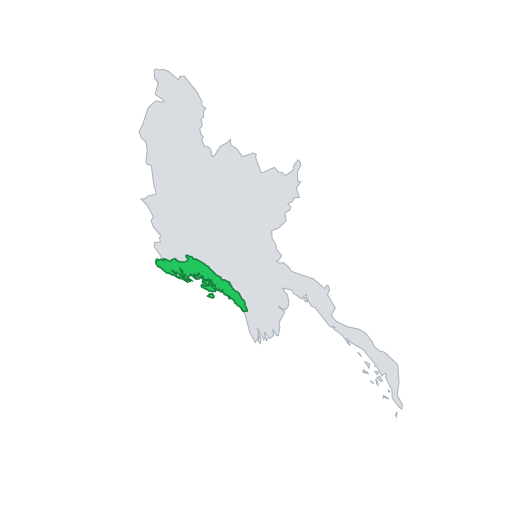 where Rakhine sits in Myanmar, rotated 327°
{"feature_id": "MMR-3273", "entity_name": "Rakhine", "entity_type": "State", "adm_level": 1, "iso_a3": "MMR", "parent_name": "Myanmar", "parent_adm1": "", "projection": "robinson", "projection_center": [93.662, 19.414], "detail": "fine", "context": "in_parent", "style": "filled", "palette": "green", "viewbox_px": 512, "rotation_deg": 327, "n_neighbors": 0, "source": "natural_earth", "source_scale": "10m", "svg_char_len": 9762}
<svg xmlns="http://www.w3.org/2000/svg" viewBox="0 0 512 512"><g transform="rotate(327 256 256)"><path d="M324.3,230.5L319.7,228.1L316.3,230.3L311.2,229.5L311.8,234.3L308.9,235.9L303.7,235.5L300.6,242.9L289.9,244.8L282.9,243.4L279.0,250.0L278.8,257.4L276.9,262.0L277.7,269.7L273.2,271.8L270.4,271.3L271.9,274.9L275.5,276.5L277.7,284.6L277.0,287.7L291.6,306.3L296.1,321.0L299.6,319.0L300.6,320.5L299.3,324.4L294.8,327.3L294.2,342.8L287.0,346.5L287.2,351.7L288.1,355.4L294.6,365.7L301.9,372.7L305.9,380.3L306.8,391.3L305.8,395.9L307.7,402.5L311.4,406.8L315.7,424.2L307.3,439.6L298.7,449.6L297.7,460.3L294.9,463.9L293.6,460.5L292.9,449.3L297.1,442.2L298.3,428.5L301.0,425.6L299.6,424.3L296.2,425.2L297.3,414.1L295.4,413.7L297.0,411.3L294.9,392.9L288.2,379.9L287.3,374.3L286.3,381.9L285.5,380.4L285.3,370.2L281.5,359.1L281.9,358.1L283.6,359.1L282.0,356.5L280.7,357.1L279.5,354.4L277.4,331.3L274.9,328.0L275.8,318.1L277.6,315.6L270.7,316.6L267.4,308.2L267.1,303.6L260.2,296.7L261.4,298.9L260.2,301.2L261.4,305.1L258.6,312.4L255.7,315.7L252.0,317.0L249.0,315.0L248.3,311.1L247.1,311.0L249.9,318.4L238.8,324.6L237.1,329.0L231.4,334.8L229.6,334.0L230.5,326.3L227.2,332.4L222.5,332.6L221.5,324.3L219.6,329.1L216.9,330.7L217.8,316.9L217.0,320.9L212.6,326.3L208.3,328.1L209.2,316.7L215.0,298.8L215.5,292.9L212.3,278.5L207.2,266.5L208.7,266.3L205.2,262.8L204.7,253.9L202.6,257.1L202.4,262.7L198.0,259.8L193.8,252.0L195.5,251.3L200.3,255.0L203.0,252.9L203.8,250.4L196.1,242.8L198.0,239.7L195.6,239.8L189.0,236.1L187.2,236.8L188.0,240.0L186.6,240.9L184.1,236.0L186.0,233.6L184.4,233.5L185.4,229.1L184.8,228.5L181.8,234.3L180.0,232.9L182.0,230.0L181.2,228.3L178.4,224.9L178.7,231.0L171.9,221.4L168.0,208.4L171.0,205.0L176.3,208.9L175.8,192.8L178.1,189.4L183.5,192.2L185.0,188.1L187.1,187.1L185.7,176.0L187.4,168.9L191.0,167.7L191.8,161.9L192.3,154.2L190.6,145.5L193.8,147.6L197.6,146.8L206.2,149.7L209.5,139.6L217.5,123.1L214.5,119.3L215.0,117.0L222.1,108.4L225.7,100.6L224.1,93.7L225.6,88.0L232.1,84.4L246.2,72.9L256.6,71.3L261.0,75.8L263.9,76.2L259.4,65.5L268.2,57.6L267.9,51.2L272.0,44.6L274.4,44.8L276.5,48.1L278.8,48.1L283.0,52.9L287.0,66.4L289.9,63.9L293.8,65.9L295.7,85.7L294.8,97.3L292.5,99.9L294.3,104.6L290.6,106.3L288.1,110.9L284.4,111.3L281.9,117.6L278.2,118.5L276.2,123.5L276.7,127.2L273.7,129.4L272.7,135.8L275.3,138.3L276.2,141.7L273.4,149.0L275.8,149.2L286.0,144.4L293.3,145.4L298.2,144.2L295.2,149.1L298.2,155.5L298.9,165.3L309.8,168.1L311.6,170.6L309.2,173.6L305.6,189.5L319.8,191.7L320.4,197.8L323.4,200.0L323.9,203.4L325.8,204.5L333.5,204.3L337.9,200.1L343.7,198.3L344.1,201.8L342.8,204.4L336.5,207.9L332.2,215.2L332.0,216.8L334.0,218.2L326.7,221.1L324.3,230.5ZM198.2,247.7L202.7,250.7L201.9,252.9L199.0,253.0L196.8,249.2L198.2,247.7ZM289.7,403.9L292.6,408.5L289.7,411.6L289.7,403.9ZM197.7,267.6L195.3,265.9L193.7,263.4L198.8,263.5L197.7,267.6ZM294.0,423.7L294.1,429.7L292.2,429.1L291.0,424.0L294.0,423.7ZM215.0,328.0L212.0,331.9L211.5,328.6L215.7,323.8L215.0,328.0ZM274.6,322.7L272.8,321.5L272.5,318.0L274.0,317.0L275.1,318.7L274.6,322.7ZM288.0,431.1L287.6,429.1L289.5,424.2L289.2,428.5L288.0,431.1ZM286.9,442.4L289.5,447.0L289.0,447.9L286.7,444.3L285.2,444.5L286.9,442.4ZM295.7,420.2L293.0,421.5L292.8,417.3L295.7,420.2ZM289.5,463.5L286.1,467.4L286.5,465.2L289.5,463.5ZM183.3,236.7L184.6,241.6L182.4,235.7L183.3,236.7ZM289.7,394.3L289.6,398.0L288.7,392.0L289.7,394.3ZM193.8,240.1L194.2,243.3L192.2,238.8L193.8,240.1ZM286.2,415.8L284.2,414.0L284.9,412.6L285.9,412.9L286.2,415.8ZM284.8,410.4L283.5,412.9L282.3,411.4L283.3,410.3L284.8,410.4ZM285.1,425.3L285.2,427.5L283.7,422.4L285.1,425.3ZM219.8,332.6L218.4,332.5L220.2,330.0L220.4,330.9L219.8,332.6ZM294.4,442.8L293.1,442.4L294.1,440.0L294.4,442.8Z" fill="#d9dde1" stroke="#a8b0b8" stroke-width="1"/><path d="M175.7,209.4L176.1,209.4L176.6,209.0L176.9,208.6L177.1,208.2L177.6,208.3L178.6,210.0L179.8,211.5L180.9,213.7L181.6,214.2L181.8,214.1L182.5,213.4L182.9,213.2L186.7,214.0L187.0,214.6L187.3,216.9L187.4,217.3L187.6,217.5L188.5,218.2L188.7,219.0L189.0,219.4L192.2,221.8L193.4,222.4L194.0,222.5L194.9,222.3L196.0,222.7L197.3,221.9L197.6,221.5L196.9,219.9L197.0,218.3L197.2,217.8L197.7,217.5L198.6,217.7L198.9,218.0L199.4,219.0L199.9,220.4L200.9,220.7L201.9,221.8L201.9,224.5L202.1,224.9L203.5,225.3L204.0,226.0L206.9,231.2L207.9,233.9L208.8,235.2L208.8,236.6L209.0,237.3L210.0,238.4L210.5,239.2L210.2,241.5L211.1,243.8L212.3,250.2L214.7,254.4L214.8,255.0L214.5,255.1L214.3,255.4L214.3,255.9L214.8,257.8L215.1,258.2L215.7,258.3L216.3,258.7L217.3,259.8L218.0,261.7L218.3,262.1L218.5,262.1L219.4,263.4L219.7,264.1L219.5,264.6L219.0,264.9L218.3,265.0L218.0,265.3L218.2,265.7L219.0,266.6L219.4,267.3L219.3,267.8L218.7,268.5L218.5,268.9L219.1,270.9L218.9,272.5L219.8,274.3L220.3,275.0L221.2,276.8L221.4,277.7L221.4,279.0L221.1,280.8L221.1,283.1L220.8,284.1L220.8,284.4L220.9,285.0L221.6,286.5L221.7,286.9L221.3,289.2L221.0,290.0L220.0,291.2L219.8,291.6L219.6,295.2L219.4,296.0L218.7,297.4L218.4,297.4L217.6,296.7L216.4,296.3L215.0,295.3L215.1,294.3L214.8,293.5L214.9,292.6L215.2,292.7L216.0,293.4L215.5,292.3L215.6,291.8L214.9,290.8L214.8,289.3L214.6,288.8L213.7,287.9L213.5,287.3L213.4,285.3L212.6,283.7L212.6,283.4L212.7,283.0L213.3,282.8L213.5,282.5L213.5,281.5L212.9,280.3L212.9,279.6L212.4,279.0L212.2,277.6L211.8,277.4L210.6,277.5L210.2,277.0L210.3,276.2L210.5,276.2L210.7,276.4L211.0,276.3L211.5,276.6L212.0,276.0L211.5,274.9L210.7,274.6L210.3,273.4L208.9,271.5L208.6,270.9L208.9,270.9L209.0,270.7L208.7,268.6L206.7,266.5L206.7,266.3L206.9,266.3L207.2,266.6L208.0,266.6L209.3,266.3L208.8,266.0L208.3,266.4L208.0,266.3L206.8,264.5L206.7,263.4L206.4,263.9L206.5,264.5L206.2,264.6L205.3,264.2L205.1,263.8L204.9,264.0L204.6,263.6L204.4,262.9L204.5,262.3L204.9,261.8L204.6,261.1L204.6,260.5L205.1,259.4L205.0,259.0L205.7,258.4L204.7,258.6L204.4,258.4L204.4,258.2L204.6,257.6L204.4,256.6L204.8,255.4L204.7,253.5L205.2,252.4L205.3,251.9L205.1,251.6L204.4,253.2L204.3,253.9L204.5,255.8L203.7,256.8L203.3,257.1L202.8,256.8L202.6,255.8L202.3,255.6L202.0,256.1L202.1,256.6L202.9,257.5L202.8,258.2L202.9,259.7L203.5,261.1L203.3,262.2L202.8,262.8L202.6,262.9L202.7,263.4L202.4,263.6L202.0,263.1L201.2,262.8L200.1,261.7L198.6,260.8L198.0,260.0L197.5,260.0L197.2,259.4L197.3,258.9L196.7,257.4L195.8,256.4L195.3,255.2L193.7,252.8L193.6,251.5L193.8,251.2L194.5,250.6L195.0,250.6L195.3,251.2L196.1,251.3L196.5,252.0L196.6,252.5L196.3,252.8L197.2,253.5L198.2,253.7L198.3,254.3L199.0,254.8L199.8,255.1L200.5,255.0L202.4,253.6L202.8,253.1L202.8,252.6L203.1,252.5L203.5,251.6L203.5,250.5L203.6,250.0L203.5,249.9L202.8,250.0L202.3,249.9L202.1,249.7L202.2,249.4L202.6,249.2L201.5,249.0L199.7,247.4L199.4,246.7L198.7,246.4L198.5,246.0L198.6,245.6L199.0,245.4L199.9,245.5L199.7,245.1L200.4,244.1L200.0,243.5L199.5,244.7L199.1,245.1L198.5,245.0L198.3,244.9L198.1,244.2L198.3,243.5L198.7,243.3L198.9,243.0L198.3,243.0L197.8,244.0L196.9,243.9L196.6,243.7L196.6,243.2L196.2,244.0L195.9,244.1L195.9,242.6L196.0,242.3L197.1,240.6L197.5,240.4L198.6,240.4L198.4,239.9L198.5,239.7L198.8,239.6L198.7,239.4L198.2,239.1L198.0,239.6L196.1,239.7L195.9,240.2L195.5,240.4L194.9,239.9L195.2,239.6L194.3,239.1L194.6,238.8L194.3,238.7L194.2,238.4L194.3,238.1L194.6,238.1L194.4,237.7L194.0,238.0L193.8,238.5L193.4,238.1L193.1,238.7L192.9,238.8L192.4,238.5L192.2,238.2L191.7,236.2L191.6,235.7L191.4,237.0L191.2,237.1L190.8,235.4L190.7,235.4L190.3,236.2L189.5,236.6L187.8,236.2L187.6,236.5L187.0,236.1L186.6,235.6L186.7,236.0L187.2,237.1L187.6,238.7L188.7,241.2L188.8,241.8L188.4,241.4L188.1,240.8L187.0,237.8L186.7,237.6L186.2,237.9L186.1,238.5L186.2,239.3L186.5,240.1L186.7,241.2L187.4,242.1L186.6,241.2L186.3,240.6L185.3,238.8L184.9,237.4L183.7,235.9L183.5,234.8L183.9,234.9L184.9,234.8L185.2,234.7L185.7,233.8L185.8,234.3L186.0,234.3L186.5,232.9L185.9,232.9L185.0,233.9L184.5,234.3L183.9,234.2L183.9,233.5L184.1,232.3L184.5,231.9L184.9,230.2L185.2,229.8L185.7,229.6L185.9,229.1L186.1,227.9L185.7,228.2L185.5,229.2L185.3,229.5L185.0,229.4L184.7,228.4L184.7,227.9L185.8,225.6L185.6,225.1L185.3,226.1L184.6,227.4L184.6,229.3L184.4,230.3L184.0,231.2L182.8,232.9L182.1,234.6L181.8,234.9L181.5,234.9L179.6,233.1L179.7,232.5L180.2,231.8L181.4,230.9L183.0,230.4L182.0,230.2L181.8,229.8L181.1,229.1L181.0,228.9L180.7,226.5L180.5,226.3L180.0,226.2L180.1,226.7L179.9,227.2L179.6,227.4L179.4,227.0L179.8,226.9L179.2,226.4L178.9,224.9L178.6,224.3L177.5,222.3L176.9,221.9L178.4,224.6L178.5,226.4L178.9,227.6L178.8,229.0L179.0,231.4L178.8,231.8L178.1,230.7L177.3,228.2L176.9,227.6L175.1,225.7L174.9,225.4L174.7,224.3L174.4,223.9L173.7,223.1L173.4,222.5L172.9,222.4L171.9,221.8L170.5,216.9L170.0,215.9L169.8,213.9L169.7,213.6L168.9,212.9L168.6,212.2L168.2,211.7L167.9,211.0L168.1,209.6L168.0,208.7L168.1,207.8L168.6,207.0L169.1,205.6L170.1,205.5L170.8,204.5L171.5,204.8L171.7,205.1L172.0,206.3L172.4,206.6L173.6,206.9L174.3,206.7L174.8,206.8L175.2,207.7L175.5,209.1L175.7,209.4ZM203.2,250.9L203.3,251.7L203.1,252.2L202.6,252.5L202.2,253.2L201.6,253.6L201.3,253.3L201.1,253.4L201.1,254.0L199.9,254.1L199.3,253.6L198.9,252.8L198.4,251.6L198.4,251.4L198.6,251.4L198.5,250.9L197.3,250.3L196.7,249.2L197.0,249.1L196.9,248.8L197.7,247.7L198.3,247.8L200.2,249.7L201.0,249.5L201.4,249.5L202.9,250.6L203.2,250.9ZM198.8,264.9L199.0,266.0L198.8,267.0L198.5,267.4L198.1,267.7L197.7,267.8L196.8,267.7L193.9,264.0L193.6,263.2L195.5,263.1L195.9,262.9L196.3,262.4L197.2,263.3L198.0,263.4L198.7,263.3L198.9,263.5L198.9,264.0L198.8,264.9ZM194.0,242.1L194.3,242.8L194.2,243.5L193.1,242.5L192.8,242.0L192.1,239.5L192.0,238.8L192.4,238.8L192.8,239.1L193.4,239.9L193.9,240.3L194.0,240.6L194.0,242.1ZM183.0,236.1L184.4,239.9L184.6,241.6L184.1,239.8L182.6,236.9L182.5,236.4L182.3,236.2L182.4,235.8L182.6,235.7L183.0,236.1Z" fill="#22c55e" stroke="#15803d" stroke-width="1.5"/></g></svg>